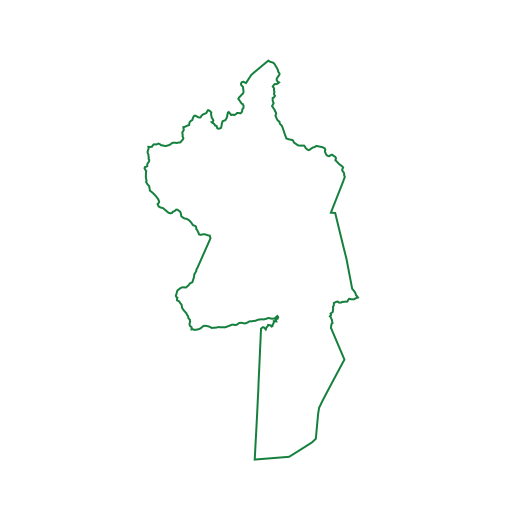 outline of Codó, Maranhão, Brazil, rotated 123°
{"feature_id": "56859067B76723264051142", "entity_name": "Codó", "entity_type": "district", "adm_level": 2, "iso_a3": "BRA", "parent_name": "Brazil", "parent_adm1": "Maranhão", "projection": "mercator", "projection_center": [-43.953, -4.619], "detail": "fine", "context": "isolated", "style": "outline", "palette": "green", "viewbox_px": 512, "rotation_deg": 123, "n_neighbors": 0, "source": "geoboundaries", "source_scale": "gbopen_adm2", "svg_char_len": 6041}
<svg xmlns="http://www.w3.org/2000/svg" viewBox="0 0 512 512"><g transform="rotate(123 256 256)"><path d="M406.4,118.9L402.0,116.8L387.0,109.9L381.8,107.5L376.7,106.3L354.4,118.0L349.0,120.4L340.1,121.5L318.9,123.4L299.1,125.1L294.8,125.4L294.0,126.5L277.8,150.5L277.1,151.6L276.4,152.4L275.7,153.8L273.5,155.0L271.9,155.6L270.4,155.3L269.7,156.3L268.2,157.6L267.4,158.9L266.6,160.1L266.3,161.2L264.6,160.9L263.7,162.1L261.4,161.2L259.8,161.7L258.9,162.4L257.9,162.7L257.0,163.7L255.2,163.8L254.1,164.4L253.0,165.1L251.5,164.2L249.7,162.8L249.9,161.1L248.8,159.4L247.4,158.6L246.6,157.3L245.4,156.0L244.8,154.8L243.7,154.6L242.6,154.7L241.1,154.6L240.3,152.3L238.9,150.2L237.9,149.7L236.3,148.8L235.3,147.9L234.7,149.2L234.6,150.2L234.1,151.2L233.2,152.2L232.6,153.0L232.1,154.4L231.4,156.4L231.1,157.5L219.0,169.1L209.0,178.7L201.6,186.7L187.1,202.1L176.8,213.0L178.9,216.8L152.3,222.2L146.5,223.4L141.3,224.6L140.3,226.0L138.8,227.0L138.0,228.4L137.6,229.7L136.8,230.7L134.3,231.2L133.9,232.3L133.6,236.5L133.0,238.7L132.6,240.7L132.3,241.7L130.5,242.1L129.7,243.5L129.7,246.0L129.6,247.4L131.0,248.5L132.3,248.8L132.8,249.7L133.0,251.4L132.4,253.0L130.6,255.3L129.2,255.7L128.3,257.0L128.5,259.2L129.0,260.7L130.8,265.3L132.8,266.2L134.3,267.6L135.9,268.2L137.8,268.9L138.6,269.6L138.7,271.3L138.4,273.1L137.6,274.7L137.2,275.7L138.9,278.4L139.9,279.9L140.3,281.1L140.3,282.3L140.2,284.6L140.2,286.0L139.1,287.5L138.9,288.7L140.2,291.8L140.9,294.5L140.1,295.6L138.9,297.2L137.2,299.4L136.4,300.4L135.3,301.7L134.7,302.6L133.7,303.8L132.8,305.2L132.4,306.5L132.2,307.6L131.6,308.6L130.6,309.5L130.5,311.5L129.9,312.8L129.1,314.1L127.6,316.2L125.8,316.5L124.7,317.6L124.3,318.8L123.5,319.6L121.5,324.2L118.3,324.4L117.4,325.7L116.3,326.9L114.3,328.1L113.3,327.3L111.3,327.3L110.8,328.5L110.2,329.3L108.3,329.9L107.5,331.0L106.7,331.5L105.5,332.2L105.1,333.3L104.7,334.3L102.8,334.2L101.6,333.9L100.8,332.6L99.7,331.8L97.9,331.2L97.9,333.1L97.1,334.6L95.6,335.3L91.4,335.1L90.2,335.6L89.7,336.8L89.3,337.8L88.3,338.6L86.6,341.5L85.6,343.7L84.8,345.2L84.6,346.3L84.7,347.8L85.4,349.6L85.5,352.1L103.2,357.6L106.9,358.6L116.4,358.6L116.6,360.2L116.8,361.6L118.1,362.6L119.8,362.4L120.6,361.6L121.3,359.0L122.4,358.1L123.4,357.3L124.1,356.6L124.9,356.0L126.0,355.5L127.3,355.5L128.5,355.9L130.3,356.1L132.3,356.6L133.8,356.4L135.2,352.9L136.0,351.1L135.8,349.9L136.9,348.1L138.9,347.1L140.3,347.4L142.5,346.3L144.7,346.6L145.6,348.5L146.3,349.7L147.6,350.0L148.5,350.4L149.7,351.0L150.0,352.3L151.3,353.6L150.7,355.1L150.5,356.3L150.1,357.3L151.1,357.7L152.0,357.3L153.5,356.9L154.4,356.2L155.8,355.9L157.5,355.7L158.8,355.7L159.9,356.5L161.1,357.4L163.8,356.7L165.1,356.0L167.5,355.1L169.0,356.0L169.7,356.8L170.0,357.9L169.4,358.8L168.4,359.9L168.9,361.4L168.1,362.6L168.0,363.8L168.1,364.9L167.9,366.1L166.9,365.3L165.7,365.5L164.9,366.5L164.5,367.6L163.9,368.8L162.9,369.5L162.0,370.6L161.1,371.1L160.1,371.6L159.7,372.6L159.5,373.9L159.7,375.6L160.8,375.7L162.1,375.6L163.2,375.5L164.5,376.4L166.4,377.7L168.3,378.1L170.0,378.0L170.9,379.2L171.2,381.2L171.2,383.0L172.0,384.2L173.7,384.2L175.2,383.9L176.7,383.5L178.1,384.2L179.6,384.5L180.7,384.3L182.6,383.4L183.8,384.4L185.2,385.3L186.3,385.9L187.5,387.1L188.4,386.4L189.3,385.4L190.6,385.1L192.5,385.1L193.5,384.4L194.1,383.6L195.6,382.8L196.8,381.0L198.5,380.8L199.6,381.1L200.9,381.1L202.2,381.5L203.2,383.0L204.3,383.9L205.0,385.5L206.4,387.5L207.6,388.2L208.9,388.5L210.2,389.2L211.1,390.0L213.0,391.6L213.7,393.3L214.2,394.8L214.8,395.8L214.6,397.6L214.9,399.1L216.7,400.3L218.1,402.6L219.4,402.8L221.1,402.8L222.2,404.2L223.1,405.7L223.9,404.9L224.9,404.4L226.1,404.2L227.9,403.6L228.6,402.9L229.5,401.5L230.8,400.6L231.8,399.5L232.9,399.1L233.5,398.0L234.7,397.2L238.0,397.3L239.9,396.1L240.9,396.7L242.0,397.6L243.1,397.3L244.0,395.7L244.4,394.4L246.3,393.5L249.9,391.3L252.6,388.7L253.8,388.5L255.0,385.9L255.6,383.6L257.9,381.5L258.9,380.6L259.3,376.9L260.3,372.5L261.6,369.0L263.0,367.0L264.0,366.5L266.1,366.8L267.5,364.5L267.4,362.8L266.5,360.1L267.0,356.1L267.4,352.9L266.9,351.2L265.5,349.8L264.3,349.9L262.6,348.7L260.6,348.2L260.0,347.3L260.1,344.0L260.6,342.9L263.4,340.2L263.6,337.3L263.4,336.2L262.6,334.4L262.5,333.0L262.5,331.7L262.7,330.6L263.1,328.9L263.5,327.9L264.0,326.8L264.5,325.6L264.0,324.0L264.0,322.5L264.7,321.6L265.9,320.8L266.4,319.2L267.3,317.9L267.9,316.7L268.9,315.6L268.5,314.1L266.1,311.6L265.2,309.2L265.0,308.0L264.1,305.8L265.2,304.8L266.0,303.8L297.7,298.7L299.8,298.6L301.2,297.9L305.3,297.7L306.6,296.9L308.1,296.3L310.9,295.6L312.6,295.1L315.0,296.5L317.3,296.6L320.6,297.6L321.4,299.1L322.2,300.4L323.2,301.4L324.2,301.9L326.5,302.7L327.6,303.1L328.6,302.9L331.0,302.1L333.0,301.6L333.7,300.6L333.8,299.2L335.5,298.7L336.2,298.0L335.9,295.7L336.9,293.5L337.3,292.0L338.4,290.9L339.6,290.0L340.3,288.6L341.0,286.7L341.3,285.7L341.9,283.3L342.9,281.7L343.7,279.9L345.0,278.8L345.4,276.8L346.3,276.2L347.0,275.4L348.9,274.9L349.9,274.2L350.5,273.4L350.9,271.1L352.7,270.1L351.8,269.0L351.5,267.4L350.3,265.9L348.8,264.4L347.1,263.2L345.1,262.5L343.6,262.1L342.7,261.4L341.7,259.6L341.2,258.3L340.7,256.7L340.5,255.2L340.5,254.0L339.5,252.8L338.3,251.1L337.1,249.8L335.7,248.3L335.1,246.8L333.9,245.3L333.0,243.5L331.7,242.3L330.7,241.6L329.4,240.7L328.4,239.8L327.2,239.2L326.2,238.1L325.7,237.1L325.4,236.1L324.3,234.8L323.0,234.2L321.9,233.9L321.1,233.3L319.9,231.8L319.5,230.8L319.2,229.8L318.5,228.4L316.9,227.2L316.0,226.7L314.9,226.2L313.9,225.3L313.1,224.0L312.2,223.1L311.5,222.3L310.7,221.2L309.6,220.5L308.5,219.7L307.1,218.2L305.7,216.4L305.1,215.1L303.4,213.4L301.3,212.0L299.9,208.4L298.3,206.4L296.5,205.9L294.7,205.4L295.3,204.0L297.0,203.8L297.6,204.9L298.7,205.1L299.8,203.4L301.0,205.6L302.3,204.7L304.7,204.6L305.7,204.0L306.7,204.5L306.3,206.3L307.2,208.3L308.4,208.0L310.3,208.3L312.3,207.8L311.6,210.3L311.9,211.4L313.1,211.9L314.2,212.2L338.1,198.2L346.4,193.3L361.8,184.3L365.9,181.8L376.1,175.9L381.7,172.6L407.1,157.9L410.3,156.1L427.4,146.2L406.4,118.9Z" fill="none" stroke="#15803d" stroke-width="2"/></g></svg>